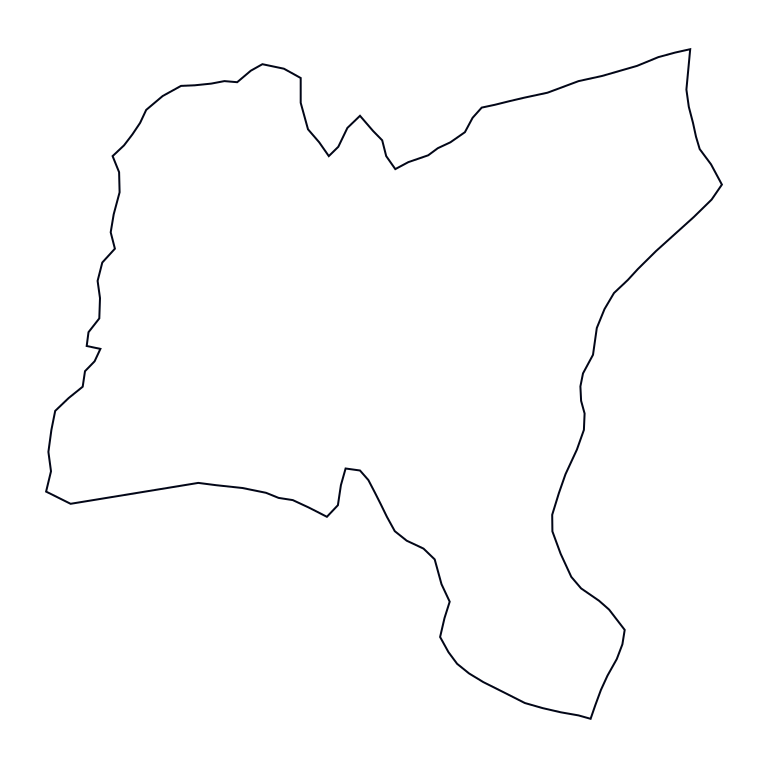 São José, Santa Catarina, Brazil
{"feature_id": "56859067B94566880150120", "entity_name": "São José", "entity_type": "district", "adm_level": 2, "iso_a3": "BRA", "parent_name": "Brazil", "parent_adm1": "Santa Catarina", "projection": "natural_earth1", "projection_center": [-48.654, -27.59], "detail": "fine", "context": "isolated", "style": "outline", "palette": "ink", "viewbox_px": 768, "rotation_deg": 0, "n_neighbors": 0, "source": "geoboundaries", "source_scale": "gbopen_adm2", "svg_char_len": 1738}
<svg xmlns="http://www.w3.org/2000/svg" viewBox="0 0 768 768"><path d="M113.7,214.3L110.7,232.3L114.9,248.7L102.3,262.5L97.6,280.9L100.0,298.1L99.3,318.4L88.5,332.2L86.7,346.0L100.4,348.9L94.6,361.3L85.0,371.2L82.7,386.7L68.7,398.0L55.2,410.9L51.4,429.9L48.4,451.9L51.0,471.3L46.1,491.6L70.6,503.8L198.3,482.9L216.2,485.2L242.4,488.0L266.0,492.8L278.6,497.9L292.8,500.1L308.5,507.4L326.9,516.8L337.9,505.2L340.9,485.2L345.6,468.5L360.0,470.5L368.4,480.1L375.0,492.8L380.8,504.3L386.9,516.8L394.8,531.2L406.7,540.7L423.5,548.6L434.7,559.4L441.5,584.2L449.7,601.7L444.5,618.1L440.1,637.0L448.5,652.2L457.1,663.8L469.0,673.4L483.3,682.1L503.1,692.0L524.8,703.0L542.6,708.1L560.8,712.3L578.5,715.4L590.6,718.8L595.3,705.2L600.9,690.0L607.5,675.6L616.8,659.0L622.4,644.3L624.7,629.9L609.1,609.6L599.1,600.8L581.1,588.4L571.3,576.9L560.6,553.7L552.4,531.4L552.2,514.8L558.9,493.1L565.5,474.2L576.9,449.6L583.9,429.9L584.6,413.5L581.1,400.8L580.4,386.4L583.0,373.4L593.0,354.8L596.8,328.0L604.5,309.1L614.0,293.0L627.8,280.0L637.9,269.0L656.1,251.0L693.7,217.1L711.6,199.6L721.9,184.6L711.0,164.3L699.7,149.1L696.0,136.7L693.0,122.9L688.8,106.8L686.4,89.6L690.2,49.2L675.0,52.6L658.4,57.1L637.0,65.9L601.9,76.0L578.6,81.1L547.5,92.7L524.2,97.7L509.7,101.1L494.8,104.8L481.7,107.6L472.6,117.8L464.9,132.2L450.4,142.3L437.8,148.2L428.2,155.3L408.4,162.1L395.3,169.1L386.2,156.1L382.2,140.3L373.1,131.0L360.0,115.8L347.4,127.9L338.3,146.8L328.8,156.1L319.2,142.3L308.0,129.3L300.7,102.8L300.7,78.0L283.9,68.7L262.4,64.2L250.8,70.7L237.2,82.2L224.4,81.1L211.3,83.6L194.7,85.3L181.0,85.9L162.7,96.0L146.2,109.9L140.1,122.9L132.4,134.4L124.0,145.4L112.6,156.1L119.1,172.2L119.6,192.3L113.7,214.3Z" fill="none" stroke="#020617" stroke-width="2"/></svg>